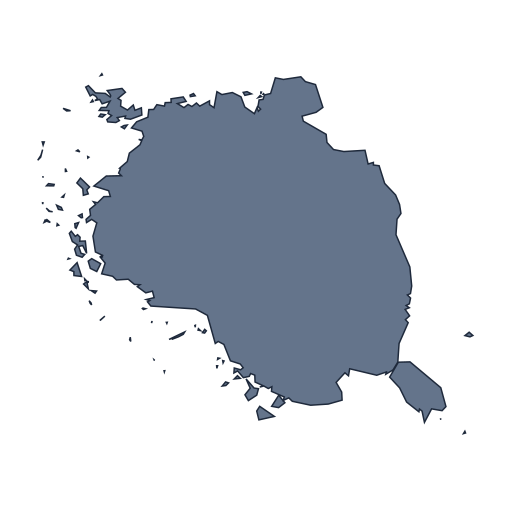 Bohol, Bohol, Philippines (Equal Earth projection), rotated 265°
{"feature_id": "2640588B19040020708567", "entity_name": "Bohol", "entity_type": "district", "adm_level": 2, "iso_a3": "PHL", "parent_name": "Philippines", "parent_adm1": "Bohol", "projection": "equal_earth", "projection_center": [124.147, 9.869], "detail": "fine", "context": "isolated", "style": "filled", "palette": "slate", "viewbox_px": 512, "rotation_deg": 265, "n_neighbors": 0, "source": "geoboundaries", "source_scale": "gbopen_adm2", "svg_char_len": 6030}
<svg xmlns="http://www.w3.org/2000/svg" viewBox="0 0 512 512"><g transform="rotate(265 256 256)"><path d="M361.3,136.0L355.6,128.1L355.4,128.1L355.3,127.9L355.1,128.4L354.3,128.3L350.6,126.4L347.7,128.9L348.7,113.8L339.8,100.6L333.9,114.9L328.0,116.1L328.4,109.6L322.8,102.8L324.2,98.8L321.3,100.7L317.0,94.4L310.9,94.7L307.3,89.9L304.1,90.1L306.8,95.5L302.9,100.3L290.0,95.3L274.0,96.4L270.1,103.1L268.5,100.1L268.8,103.5L267.7,101.3L262.1,105.1L251.7,100.7L248.3,111.4L244.3,114.9L244.0,126.7L238.3,132.4L237.5,137.9L235.8,135.1L228.9,143.0L230.0,149.8L223.4,150.9L222.2,142.9L220.8,146.2L219.8,143.9L215.3,146.9L208.5,191.2L201.1,202.4L172.4,207.8L174.2,210.9L170.7,216.3L153.8,221.4L149.8,230.9L145.8,233.5L144.0,230.8L146.3,224.6L141.4,223.8L143.1,227.7L135.9,232.8L136.7,238.8L139.4,240.4L137.4,244.4L130.5,244.1L126.1,251.9L125.1,248.3L125.8,252.5L122.9,256.7L124.4,260.4L119.8,259.6L113.1,271.9L109.8,270.6L111.8,276.3L108.1,279.5L102.6,297.4L102.2,315.1L104.9,329.2L113.0,329.5L123.1,324.8L131.9,334.4L128.6,337.7L135.5,339.5L126.7,365.9L129.1,375.8L126.9,375.0L130.6,382.6L137.9,388.0L156.4,390.9L176.3,401.8L179.6,399.3L183.0,403.8L189.8,399.9L191.1,404.2L193.6,401.2L195.0,404.6L200.6,406.3L204.0,403.4L205.1,406.6L212.5,408.5L231.7,408.3L265.0,397.3L280.4,399.7L285.7,404.1L294.8,403.5L304.6,400.4L317.1,390.5L335.2,386.5L336.4,380.9L339.0,381.1L337.9,375.7L351.8,373.8L352.4,352.6L355.3,342.5L362.9,336.6L371.1,336.5L386.2,314.9L391.3,314.1L393.9,328.4L398.2,335.6L421.6,330.2L425.4,320.4L430.6,316.3L429.5,298.7L431.8,290.8L416.6,284.7L415.7,278.4L411.4,276.7L411.2,272.7L404.8,271.0L401.9,273.4L400.0,271.0L403.8,270.0L397.9,266.8L405.4,257.8L415.9,254.9L420.9,246.7L419.8,236.1L423.1,231.4L407.4,227.1L410.8,222.9L414.6,223.2L410.2,213.0L413.6,210.0L410.5,205.2L412.9,201.5L410.1,197.2L414.7,190.9L416.1,199.9L420.8,197.4L420.0,185.0L416.4,184.9L416.7,178.9L413.3,177.9L415.4,170.4L410.9,166.8L411.2,162.0L403.7,160.4L400.1,148.8L394.4,143.1L390.3,153.3L384.9,154.6L381.6,152.4L382.4,149.3L380.8,152.2L376.9,150.1L369.5,138.8L361.3,136.0ZM123.7,378.6L112.1,387.6L97.4,393.3L86.6,404.7L89.3,405.5L87.0,407.9L75.6,409.3L88.4,417.6L85.7,427.9L89.4,432.1L108.7,428.6L137.1,400.2L137.8,388.5L123.7,378.6ZM439.1,101.1L429.9,104.8L431.2,107.4L429.0,110.4L426.4,111.8L424.9,109.0L425.5,113.9L421.0,116.0L423.0,124.1L417.1,120.0L417.4,114.8L414.7,112.5L413.6,122.2L410.9,121.0L408.5,124.4L404.9,119.3L402.5,120.0L401.2,128.0L402.8,131.7L406.0,129.8L406.8,138.3L404.5,137.4L403.2,142.9L406.4,154.6L413.6,154.7L411.7,148.1L417.1,146.9L412.6,140.7L417.1,134.2L422.8,135.1L425.0,132.2L430.5,140.2L434.6,137.1L433.8,122.2L429.4,124.9L428.1,125.2L427.1,124.6L431.1,120.0L432.5,110.2L440.3,103.9L439.1,101.1ZM294.8,72.0L286.4,74.3L282.6,79.2L278.6,75.9L272.4,77.2L269.9,82.7L272.5,85.5L274.0,81.9L281.0,80.2L281.5,84.3L273.4,87.5L285.8,87.3L286.1,81.7L290.0,82.4L292.8,80.1L291.3,77.7L296.8,74.1L294.8,72.0ZM101.5,243.2L92.5,244.6L94.6,260.3L105.9,246.6L101.5,243.2ZM112.6,235.8L117.3,244.6L123.6,246.9L124.6,242.6L134.4,235.4L124.8,238.7L118.7,232.9L112.6,235.8ZM104.9,258.5L103.0,265.3L107.3,272.0L115.3,266.5L104.9,258.5ZM344.4,83.9L338.1,89.3L331.5,89.3L332.5,94.3L336.6,93.2L339.3,96.2L348.9,87.9L344.4,83.9ZM258.2,69.4L256.3,73.2L252.4,72.9L250.8,80.5L265.0,77.2L258.2,69.4ZM265.5,88.4L258.1,89.9L254.4,96.0L261.9,100.6L267.7,92.1L265.5,88.4ZM158.5,457.2L156.8,462.1L157.9,465.1L161.5,461.7L158.5,457.2ZM420.1,257.5L417.0,258.9L417.9,265.6L420.5,261.4L420.1,257.5ZM243.1,81.8L237.9,86.1L245.3,85.2L243.1,81.8ZM304.0,78.3L300.1,78.3L299.3,79.2L304.8,82.2L304.0,78.3ZM324.0,61.8L319.7,63.2L318.6,67.2L321.4,66.3L324.0,61.8ZM186.6,178.4L180.5,162.1L181.5,166.3L180.3,164.9L182.2,171.6L184.3,176.7L186.6,178.4ZM344.2,53.4L343.5,60.6L344.9,61.2L346.2,55.6L344.2,53.4ZM138.4,227.1L135.4,223.6L135.5,229.7L138.4,227.1ZM396.3,133.1L394.2,136.0L397.7,139.1L397.5,135.9L396.3,133.1ZM423.3,207.9L422.0,204.3L420.5,204.5L420.9,209.4L423.3,207.9ZM408.7,111.7L407.7,115.0L409.9,118.1L411.0,113.7L408.7,111.7ZM311.7,82.7L309.3,85.2L309.4,86.5L313.1,86.4L311.7,82.7ZM235.0,94.1L235.9,88.8L233.0,92.4L235.0,94.1ZM129.4,211.0L129.6,214.7L132.0,217.6L133.2,214.7L129.4,211.0ZM187.4,198.5L184.3,196.0L183.7,198.1L185.8,200.0L187.4,198.5ZM209.3,100.2L205.8,95.3L205.3,95.0L209.3,100.2ZM416.9,83.9L419.9,76.7L417.0,80.0L416.9,83.9ZM388.3,53.0L385.0,53.6L388.1,55.0L388.3,53.0ZM333.5,70.3L331.6,67.8L331.2,69.4L333.5,70.3ZM63.2,448.8L61.0,447.2L61.4,449.3L63.2,448.8ZM370.4,46.9L373.2,50.1L380.6,52.7L375.0,50.5L370.4,46.9ZM415.6,274.2L413.6,272.0L414.3,275.5L415.6,274.2ZM186.5,194.2L188.6,192.3L187.2,191.8L186.5,194.2ZM375.1,89.6L377.2,87.9L376.4,86.4L375.1,89.6ZM425.7,106.7L423.7,105.1L424.0,107.4L425.7,106.7ZM317.8,57.3L318.7,54.3L322.0,51.2L318.5,53.7L317.8,57.3ZM451.0,118.3L449.3,116.8L449.7,118.8L451.0,118.3ZM213.1,141.4L214.0,138.9L213.6,138.2L212.5,139.2L213.1,141.4ZM307.9,47.8L308.9,50.4L310.0,50.3L310.3,49.1L307.9,47.8ZM305.5,60.8L303.5,60.3L303.9,62.2L305.5,60.8ZM311.0,50.4L308.3,51.7L307.4,54.0L311.0,50.4ZM359.8,73.7L356.8,73.5L356.9,74.7L359.8,73.7ZM154.7,213.7L152.4,213.9L154.2,215.0L154.7,213.7ZM157.3,210.8L157.8,209.1L156.3,208.7L157.3,210.8ZM150.0,208.2L150.1,207.2L147.5,207.2L150.0,208.2ZM369.7,97.0L368.3,97.0L369.0,98.1L369.7,97.0ZM248.2,83.3L246.4,83.4L246.7,84.5L248.2,83.3ZM186.1,123.7L183.6,122.8L181.8,123.8L186.1,123.7ZM192.1,189.0L190.3,189.3L192.3,189.6L192.1,189.0ZM418.9,275.1L417.1,274.9L418.8,275.7L418.9,275.1ZM226.0,85.9L223.3,86.7L221.6,88.0L223.6,87.6L226.0,85.9ZM326.3,48.0L327.5,48.4L327.6,48.0L326.3,48.0ZM200.3,146.7L198.3,146.0L199.5,146.7L200.3,146.7ZM417.7,278.0L416.5,277.1L416.4,277.5L417.7,278.0ZM197.7,160.9L196.6,161.3L197.7,161.8L197.7,160.9ZM270.2,68.9L269.3,68.4L269.6,70.0L270.2,68.9ZM149.7,154.4L148.5,154.6L149.7,155.1L149.7,154.4ZM354.1,50.8L352.8,50.4L353.1,50.7L354.1,50.8ZM244.8,86.1L243.8,86.4L245.7,86.8L244.8,86.1ZM161.1,145.5L160.9,146.0L161.5,145.4L161.1,145.5ZM77.4,425.0L77.5,426.4L77.6,425.7L77.4,425.0Z" fill="#64748b" stroke="#1e293b" stroke-width="1.5"/></g></svg>